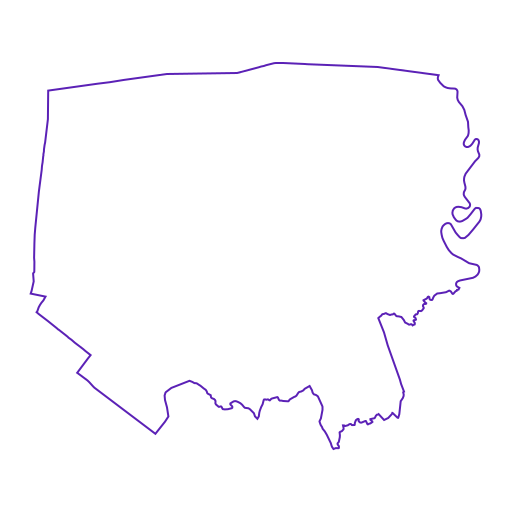 the district of Bang Nam Priao, Chachoengsao, Thailand
{"feature_id": "78962969B57123874810326", "entity_name": "Bang Nam Priao", "entity_type": "district", "adm_level": 2, "iso_a3": "THA", "parent_name": "Thailand", "parent_adm1": "Chachoengsao", "projection": "orthographic", "projection_center": [101.053, 13.869], "detail": "fine", "context": "isolated", "style": "outline", "palette": "violet", "viewbox_px": 512, "rotation_deg": 0, "n_neighbors": 0, "source": "geoboundaries", "source_scale": "gbopen_adm2", "svg_char_len": 6042}
<svg xmlns="http://www.w3.org/2000/svg" viewBox="0 0 512 512"><path d="M438.6,75.2L377.7,67.0L307.2,64.2L304.9,64.0L283.2,63.0L275.9,63.0L274.0,63.2L266.1,65.2L263.8,66.0L261.2,66.5L258.7,67.3L237.1,73.0L166.9,74.0L124.1,79.9L109.8,82.2L97.6,83.7L48.2,90.6L47.9,119.2L45.1,142.6L44.6,144.9L44.0,149.2L43.9,151.6L43.4,154.2L43.4,155.6L43.2,156.4L42.6,162.3L42.0,165.9L41.7,169.9L38.9,191.4L35.3,227.4L34.7,234.7L34.4,243.5L34.1,257.9L34.4,261.7L34.3,271.4L34.2,272.1L33.3,273.1L33.1,273.6L33.7,281.4L31.6,290.8L30.7,293.6L45.5,296.6L43.4,300.4L41.4,302.8L40.0,304.9L38.7,307.3L37.3,311.3L36.6,312.2L38.7,314.0L47.7,320.9L56.8,328.2L58.1,329.4L58.7,329.7L67.7,336.8L68.4,337.6L71.5,339.8L74.8,342.7L83.2,349.1L85.5,351.1L90.6,355.1L87.9,358.5L77.2,372.8L87.4,380.4L89.2,382.1L93.1,386.4L94.4,387.7L155.4,433.8L165.0,421.7L168.4,416.5L167.0,407.4L165.0,400.0L164.6,395.5L165.5,392.6L165.9,392.1L171.4,387.9L189.5,380.8L192.3,381.9L194.4,383.1L196.1,383.2L197.0,383.5L198.9,384.8L200.4,385.7L203.8,388.5L205.7,389.8L206.8,391.5L207.2,393.0L207.7,393.6L210.7,395.2L211.0,397.2L211.4,397.8L212.1,398.3L214.0,399.0L215.1,400.1L215.5,401.1L215.4,403.3L215.9,404.4L218.7,406.8L219.3,406.8L220.8,406.4L221.2,406.5L221.7,407.1L222.4,408.6L222.8,409.1L224.8,409.4L227.9,409.2L231.8,408.2L232.3,407.7L232.3,406.6L232.0,406.1L230.4,404.5L230.3,404.0L230.4,403.4L233.6,401.4L235.1,401.1L236.4,401.3L238.3,402.1L240.5,403.3L242.2,404.8L244.0,407.0L244.9,407.8L248.5,408.3L249.9,409.2L253.9,413.2L255.0,416.4L257.4,418.8L258.8,416.4L259.3,412.7L259.8,410.7L261.2,407.0L262.6,404.3L263.7,400.1L264.1,399.5L265.1,399.4L266.4,399.7L267.7,399.4L268.3,399.5L269.4,400.3L269.9,400.3L271.2,398.9L272.0,398.5L277.3,397.1L277.9,397.5L278.9,399.8L279.8,400.6L281.4,400.6L283.2,401.0L288.2,401.3L288.7,401.0L289.6,399.7L290.2,399.2L294.2,396.9L295.3,396.5L296.4,395.7L298.3,392.8L299.1,392.0L301.2,391.5L303.3,390.4L304.7,388.8L309.6,386.0L312.0,390.3L312.6,392.6L313.5,393.9L314.0,394.4L315.8,394.9L317.6,396.1L318.0,396.6L322.3,406.1L322.5,406.8L322.5,409.9L320.9,418.4L319.5,421.3L319.7,422.2L320.6,424.8L322.1,427.2L322.6,428.7L324.8,431.4L326.8,434.8L330.8,443.1L331.6,445.8L332.1,447.0L333.5,449.0L335.8,448.1L338.4,448.2L338.9,447.9L338.9,446.5L338.6,445.7L337.9,444.9L337.5,443.9L337.7,443.2L338.8,441.9L339.8,437.2L339.9,435.3L339.6,432.4L340.2,431.8L341.6,431.3L342.0,431.0L343.5,429.3L343.6,428.1L343.0,425.4L344.1,425.4L344.9,426.0L345.2,426.0L347.8,425.3L349.4,424.2L350.5,424.0L351.1,424.2L351.8,425.0L352.2,425.1L354.5,425.0L354.7,424.8L354.9,422.7L355.9,420.2L357.3,419.1L358.0,418.9L358.5,419.0L358.8,419.5L358.6,420.8L358.8,421.3L359.8,422.3L360.6,422.6L361.5,422.6L365.3,421.0L365.8,421.0L366.0,421.2L367.4,424.1L367.9,424.4L369.2,423.7L370.4,423.4L372.4,422.0L372.3,421.4L370.4,419.8L370.4,419.1L374.5,418.2L375.0,417.6L375.8,415.9L376.6,415.0L376.9,414.7L378.2,414.5L378.6,414.1L384.1,420.0L388.2,418.0L391.2,414.8L392.4,413.4L392.4,412.9L392.5,412.9L397.4,417.6L397.8,417.8L398.2,417.8L399.3,414.2L400.7,401.2L402.8,398.1L403.6,396.0L403.7,394.5L403.2,392.3L403.5,391.8L404.0,391.6L401.1,384.0L399.9,379.6L387.7,345.3L384.0,332.4L378.3,318.1L379.7,316.8L381.3,315.6L381.8,314.8L382.4,314.2L384.0,313.9L385.6,313.2L386.3,313.3L387.3,314.0L390.0,315.0L391.5,314.5L392.8,314.4L393.8,313.6L394.2,313.6L394.5,313.8L396.2,315.9L396.7,316.2L398.8,316.4L401.4,317.0L403.8,320.0L405.1,322.5L407.7,323.8L408.9,324.6L409.7,324.6L410.9,324.2L411.2,324.2L412.0,324.6L412.6,325.4L413.8,324.7L414.6,324.5L414.8,324.0L414.8,323.0L413.5,320.8L413.6,320.5L413.7,320.3L415.8,319.8L416.0,319.4L415.4,317.9L414.1,317.0L414.0,316.4L415.7,314.4L416.1,314.3L417.0,314.3L417.2,314.2L417.9,313.0L418.0,311.9L418.5,311.0L419.0,310.9L421.0,311.1L422.1,310.4L423.7,308.2L423.7,307.6L423.0,306.2L423.0,305.4L423.2,304.8L424.1,304.0L425.8,303.9L426.2,303.6L426.2,303.2L425.2,302.5L424.2,301.3L423.5,300.5L423.5,300.2L426.5,298.7L427.0,298.3L427.8,296.9L428.4,296.6L428.9,296.8L429.3,297.1L429.5,298.8L429.9,299.5L430.7,299.9L431.9,300.0L432.3,299.7L432.7,299.0L433.2,297.6L434.3,295.7L437.2,293.5L440.1,293.2L446.0,292.2L449.0,290.7L449.6,290.7L450.9,291.5L452.3,293.6L452.7,293.9L453.3,293.8L455.6,291.2L456.7,290.8L457.0,289.9L458.5,289.6L459.4,287.9L457.0,286.5L456.3,285.6L456.1,284.6L456.1,283.6L456.3,283.0L456.9,282.0L457.9,281.3L459.9,280.5L473.0,277.8L475.5,276.5L477.6,274.6L478.4,273.3L479.1,271.7L479.3,269.9L479.0,267.3L478.5,266.4L477.4,265.3L476.6,264.9L469.1,263.2L461.1,258.4L457.9,257.0L453.2,254.6L451.4,253.1L448.7,250.0L446.7,246.8L443.6,240.7L442.4,237.9L441.7,235.0L441.3,232.6L441.2,231.0L441.6,228.9L442.6,226.4L443.7,225.2L445.4,223.8L447.2,223.1L448.5,223.1L449.7,223.4L450.9,224.3L455.6,232.5L457.6,234.9L459.7,237.2L460.8,238.0L461.4,238.1L463.3,238.2L464.9,237.9L468.4,235.0L473.1,229.5L479.4,221.6L480.3,220.0L480.7,219.0L481.2,216.6L481.3,214.6L480.8,211.2L480.5,210.1L479.8,208.8L479.0,208.2L478.1,208.0L476.0,207.9L474.8,208.7L470.5,214.3L467.5,217.8L465.9,218.9L462.3,221.0L460.7,221.5L459.3,221.6L457.7,221.3L456.4,220.5L455.6,219.6L453.9,217.3L452.6,214.4L452.4,212.8L452.8,210.5L454.1,208.4L455.5,207.4L456.9,206.9L458.7,206.8L461.5,207.2L465.2,208.5L466.5,208.6L468.2,208.0L469.6,206.7L469.9,206.0L470.1,204.7L469.8,203.4L464.8,196.9L464.0,195.4L463.7,194.2L463.9,192.2L465.3,189.4L465.5,188.3L465.4,186.6L464.4,182.7L464.0,180.5L464.1,178.3L464.4,176.7L465.7,173.6L475.1,161.2L478.1,158.2L478.7,157.4L479.3,156.1L479.3,154.6L477.9,151.1L477.6,149.4L477.7,147.6L478.9,143.2L479.0,141.8L478.6,140.3L477.8,139.4L476.8,139.0L475.7,139.1L474.8,139.7L474.4,140.4L472.3,143.7L470.9,145.3L469.8,146.2L468.0,147.0L466.4,147.0L465.0,146.3L464.2,145.4L463.7,144.0L463.9,142.3L465.0,139.8L467.8,136.0L468.2,134.9L468.6,133.0L468.7,130.4L468.3,127.2L468.0,121.8L465.6,114.9L464.3,109.9L462.4,106.2L458.8,101.9L457.7,99.8L457.2,97.6L457.5,92.6L457.5,91.3L457.2,90.4L456.4,89.3L455.0,88.6L450.3,88.4L447.6,88.0L445.9,87.4L444.2,86.6L443.4,86.0L440.2,82.8L438.1,79.9L437.8,78.8L437.9,77.1L438.6,75.2Z" fill="none" stroke="#5b21b6" stroke-width="2"/></svg>